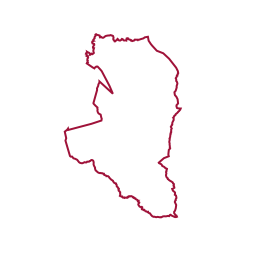 the district of Asutifi North, Brong Ahafo, Ghana, rotated 254°
{"feature_id": "2480657B98266466330064", "entity_name": "Asutifi North", "entity_type": "district", "adm_level": 2, "iso_a3": "GHA", "parent_name": "Ghana", "parent_adm1": "Brong Ahafo", "projection": "albers", "projection_center": [-2.56, 7.077], "detail": "fine", "context": "isolated", "style": "outline", "palette": "rose", "viewbox_px": 256, "rotation_deg": 254, "n_neighbors": 0, "source": "geoboundaries", "source_scale": "gbopen_adm2", "svg_char_len": 5831}
<svg xmlns="http://www.w3.org/2000/svg" viewBox="0 0 256 256"><g transform="rotate(254 128 128)"><path d="M143.1,69.1L141.9,66.2L135.2,65.8L133.1,64.4L117.1,64.5L116.3,65.0L115.9,66.4L113.9,67.2L112.9,68.8L111.4,70.4L108.6,71.5L107.7,72.3L107.0,73.5L106.7,74.7L107.1,76.8L106.6,77.7L106.4,78.6L106.9,79.4L106.4,81.3L106.8,82.0L106.7,82.6L107.3,83.8L107.2,84.5L106.7,85.1L106.2,85.5L105.3,85.6L104.3,85.5L102.6,84.9L101.2,84.9L99.0,85.4L98.0,85.1L96.1,85.2L95.5,85.7L93.8,86.7L93.0,87.5L92.3,88.7L92.3,89.4L91.8,90.0L91.7,90.7L91.0,91.3L90.8,92.2L90.6,92.3L89.7,92.1L89.2,92.5L88.6,93.5L88.0,94.0L87.6,94.0L87.3,95.4L86.2,96.2L85.5,96.3L83.2,97.5L81.4,99.0L80.7,99.0L79.0,99.7L78.0,101.2L77.5,101.2L77.3,101.0L76.5,101.4L75.9,101.3L74.9,101.1L73.8,101.9L72.5,102.0L72.2,102.5L71.9,102.5L71.2,101.8L70.2,101.8L69.5,102.4L69.1,102.4L68.4,102.8L67.4,102.4L66.2,102.3L65.2,101.6L65.1,101.8L64.6,101.8L63.9,103.1L63.6,103.2L63.6,103.6L63.1,103.6L62.5,103.9L62.3,104.5L62.3,105.0L62.0,105.0L61.7,105.4L61.9,105.8L61.6,106.9L61.7,107.2L61.2,107.7L61.1,108.3L61.3,108.8L61.9,109.0L62.1,109.4L61.8,110.1L61.7,110.6L62.0,110.7L61.7,111.5L61.7,112.2L60.7,113.5L60.3,113.6L60.2,113.8L60.0,113.7L59.9,113.9L59.7,113.9L59.2,114.4L59.3,114.7L59.0,114.9L58.8,114.8L58.4,115.6L58.0,115.5L57.8,115.8L57.4,115.9L56.3,117.2L55.4,117.2L55.3,117.5L55.2,117.3L54.5,117.3L53.9,117.9L53.5,118.0L53.4,118.3L53.1,118.3L52.3,117.2L51.7,116.8L50.8,116.9L49.2,117.5L48.3,118.8L48.4,119.5L48.1,119.7L47.8,119.4L47.5,119.6L47.3,119.4L46.9,119.4L46.5,119.2L46.4,118.9L46.1,118.9L45.8,119.4L45.6,119.5L45.3,120.2L44.6,120.6L44.5,121.1L44.3,121.1L44.5,121.2L43.9,121.6L43.9,121.8L43.8,121.6L43.1,121.9L42.7,122.9L41.9,123.4L41.4,124.0L41.5,124.2L41.1,124.2L40.3,124.9L39.9,125.6L39.4,125.8L38.4,126.0L37.8,126.4L37.0,126.7L36.3,127.2L35.5,128.3L35.5,128.8L34.5,130.5L34.4,132.0L33.2,134.4L33.3,135.1L33.0,135.5L33.4,137.3L33.1,138.7L32.6,140.1L32.5,142.1L31.9,143.3L32.0,143.5L32.6,144.0L32.9,144.6L32.9,145.0L31.7,145.9L29.5,148.5L29.5,149.0L29.2,149.3L29.1,149.7L29.2,150.6L30.5,150.4L30.7,149.8L31.0,149.6L31.5,149.6L33.4,148.9L34.6,149.2L35.7,150.5L37.7,151.8L40.7,153.1L44.0,152.6L44.9,153.2L45.4,154.0L46.3,154.1L47.3,155.2L48.2,155.4L49.9,155.5L50.9,154.6L52.4,155.3L53.0,155.4L53.5,155.2L55.4,153.9L57.1,153.7L57.3,153.7L57.3,154.6L57.8,156.1L58.9,156.2L59.9,155.8L60.2,156.0L60.6,156.5L61.2,156.4L61.6,156.6L62.4,156.0L63.3,156.0L64.2,155.3L64.7,154.8L65.0,154.6L65.5,154.0L66.2,153.5L66.6,153.1L67.6,152.6L67.9,152.2L68.8,152.3L69.4,151.8L70.6,151.4L72.2,151.5L73.9,152.4L75.2,152.4L76.0,153.2L76.8,153.3L77.4,153.9L78.0,154.2L79.5,152.6L80.3,152.3L81.2,151.5L82.0,150.5L83.3,150.3L84.0,150.0L85.7,148.1L86.2,148.0L89.1,154.2L89.6,159.4L91.5,159.5L95.7,161.2L96.2,161.9L96.3,162.3L97.0,163.0L97.8,162.8L98.9,163.2L100.6,163.4L101.8,163.8L103.2,163.8L105.3,164.9L106.2,164.9L106.4,165.3L107.3,165.6L107.8,166.1L108.8,166.4L109.7,166.9L110.4,167.0L110.6,167.5L111.4,167.6L111.7,167.9L111.8,168.2L112.4,168.2L112.8,168.6L114.7,169.1L115.4,169.9L117.3,169.5L118.0,170.2L118.5,170.9L118.9,171.0L119.1,171.5L120.5,171.9L121.2,172.3L123.1,174.1L124.9,174.6L125.4,174.3L125.7,174.9L126.1,175.1L126.4,175.6L126.9,175.8L127.4,177.2L127.9,177.4L128.3,178.0L128.8,179.3L129.5,180.5L129.8,180.7L130.2,181.8L130.5,182.1L131.2,183.2L132.2,184.0L132.8,182.2L133.6,180.7L135.2,180.5L136.5,180.9L137.8,182.9L142.0,183.6L144.7,183.1L146.6,182.2L147.5,182.2L149.6,182.5L150.5,183.9L151.4,184.6L153.6,186.0L154.9,186.3L157.0,187.7L157.7,187.8L159.2,187.7L159.9,187.3L161.7,187.8L162.7,187.6L163.9,189.0L164.7,189.3L164.7,189.9L165.8,190.2L166.1,190.8L166.6,191.1L166.9,191.1L167.0,191.4L168.9,191.6L172.7,190.9L183.3,186.6L190.1,182.5L194.3,177.0L200.3,174.0L202.4,173.1L206.2,171.9L210.2,172.3L210.5,169.1L209.9,167.5L209.9,164.3L209.8,163.2L210.0,162.3L209.7,161.7L210.4,161.2L210.7,159.7L211.1,159.1L211.0,158.7L210.4,158.0L210.4,156.0L211.1,155.6L210.9,155.4L211.0,155.1L211.5,154.7L212.3,154.4L212.8,153.4L213.2,153.1L213.6,152.5L213.8,152.4L214.2,152.7L214.3,152.6L214.5,152.0L214.2,151.7L214.3,151.3L212.5,150.5L212.9,149.9L213.2,148.3L213.8,147.7L214.8,147.4L215.3,146.7L214.9,146.1L214.5,145.7L214.2,144.4L215.0,143.1L215.9,142.9L216.4,142.6L216.0,142.2L216.1,141.9L215.8,141.7L215.5,141.1L215.4,140.3L215.0,139.9L214.8,139.3L215.0,139.0L215.4,139.1L217.0,138.3L218.0,138.5L218.7,139.0L220.5,139.0L221.5,137.9L221.5,137.5L222.1,136.9L222.1,135.3L222.4,134.5L222.6,132.3L222.5,131.5L221.8,129.9L221.6,129.1L221.9,128.1L222.9,127.4L222.8,126.1L223.4,126.0L224.1,126.3L224.7,126.2L226.1,124.0L226.3,123.4L226.9,123.2L226.9,122.7L226.6,122.3L225.7,122.3L225.1,121.8L224.9,121.2L223.9,120.6L223.4,120.6L222.4,119.0L221.7,119.0L221.3,118.6L221.2,118.7L221.2,118.2L220.9,118.0L220.9,117.5L220.4,117.2L220.1,117.1L219.0,117.2L218.1,118.6L217.2,118.5L216.8,117.9L215.5,116.6L214.6,116.5L214.4,116.6L214.1,117.3L212.2,116.1L210.9,115.8L209.6,115.9L209.0,114.8L209.0,114.5L208.8,114.1L209.4,113.3L209.1,112.7L209.4,112.7L209.2,111.8L209.5,112.1L209.5,111.9L209.9,112.0L211.0,111.3L211.3,111.0L211.4,110.7L212.4,109.8L212.0,109.8L211.7,109.5L211.9,108.9L210.9,108.0L210.5,108.4L208.8,108.6L208.3,108.6L208.3,108.3L207.3,109.1L207.0,109.2L206.1,108.6L205.9,108.2L205.1,107.8L204.7,107.8L204.3,107.6L203.9,107.8L203.8,107.6L203.4,107.7L202.7,107.2L202.2,107.4L202.1,106.9L201.7,107.0L201.5,106.7L201.3,106.3L195.9,110.8L194.6,112.1L195.2,112.7L195.3,113.6L195.7,114.1L195.7,115.0L195.4,115.7L192.1,117.4L189.9,118.4L173.6,121.8L165.1,122.9L180.6,113.4L179.8,113.2L178.0,111.5L176.8,111.0L174.6,109.1L173.1,108.8L161.4,101.6L160.7,101.7L158.2,103.0L156.1,104.3L155.2,103.9L154.2,103.9L153.2,103.4L152.1,103.3L150.7,103.5L150.0,103.8L148.4,105.4L145.3,105.2L144.1,105.3L142.5,104.5L142.1,94.0L142.6,70.1L144.0,70.2L143.1,69.1Z" fill="none" stroke="#9f1239" stroke-width="2"/></g></svg>